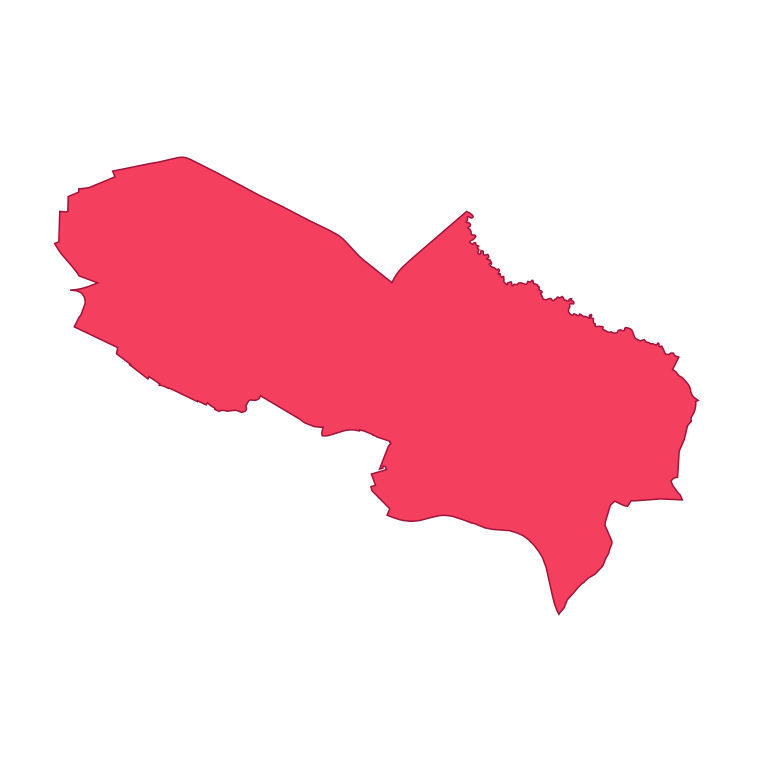 Cumberland, New South Wales, Australia (Natural Earth projection), rotated 173°
{"feature_id": "25037944B74007778337807", "entity_name": "Cumberland", "entity_type": "district", "adm_level": 2, "iso_a3": "AUS", "parent_name": "Australia", "parent_adm1": "New South Wales", "projection": "natural_earth1", "projection_center": [150.958, -33.837], "detail": "fine", "context": "isolated", "style": "filled", "palette": "rose", "viewbox_px": 768, "rotation_deg": 173, "n_neighbors": 0, "source": "geoboundaries", "source_scale": "gbopen_adm2", "svg_char_len": 6124}
<svg xmlns="http://www.w3.org/2000/svg" viewBox="0 0 768 768"><g transform="rotate(173 384 384)"><path d="M74.2,329.4L78.1,333.1L79.6,335.3L80.4,338.9L80.5,341.0L81.0,344.1L82.4,347.1L86.4,353.1L87.2,354.0L90.3,356.3L92.8,360.5L94.5,362.2L95.9,363.0L88.1,374.8L91.6,376.4L92.5,377.8L92.9,379.3L93.2,379.5L95.9,379.7L97.3,378.6L100.2,379.1L100.7,379.4L101.6,380.7L102.4,384.3L103.1,385.8L103.5,387.5L104.3,387.9L105.6,387.2L106.4,387.8L106.5,388.5L106.1,390.1L106.6,391.1L107.1,391.2L108.7,389.7L109.4,389.5L112.4,391.3L114.6,391.4L116.0,392.8L118.6,393.7L119.1,394.2L120.0,395.9L120.6,396.4L124.2,395.5L128.3,398.0L128.9,398.7L129.6,400.2L131.0,406.2L131.6,407.6L132.6,408.6L135.0,409.9L136.7,410.4L137.7,410.4L138.2,409.8L138.6,408.1L139.4,407.6L140.3,407.8L142.8,409.0L144.7,408.7L145.4,408.1L146.4,406.5L146.8,406.3L149.6,406.5L150.5,406.8L152.1,408.1L154.3,407.8L156.1,408.7L157.4,409.9L159.9,411.4L160.2,412.1L159.6,413.7L159.9,414.2L160.9,414.6L162.3,414.6L163.4,415.1L166.4,415.1L167.2,415.5L167.0,417.8L167.6,418.3L168.2,418.4L168.5,418.9L168.6,420.7L168.2,423.3L168.6,423.7L170.0,424.2L170.6,425.0L170.5,425.4L169.4,426.8L169.7,427.6L170.9,427.6L171.9,426.9L172.0,426.3L171.5,424.8L172.0,424.3L175.7,426.4L178.2,427.0L180.0,428.9L181.1,429.6L181.5,429.5L182.0,428.3L182.7,428.0L186.7,430.5L187.3,430.3L188.3,429.3L189.0,429.4L190.4,430.4L191.3,431.7L191.8,432.8L192.0,434.0L191.5,436.0L190.2,437.7L190.2,440.2L189.9,440.6L188.8,440.9L186.5,440.4L186.0,440.5L185.8,440.9L185.6,442.0L186.1,443.0L188.1,444.2L187.4,445.7L188.5,445.9L189.4,445.6L190.1,445.2L190.7,443.8L191.7,443.7L193.1,445.0L194.7,445.5L195.9,448.5L196.6,449.1L199.2,448.0L200.5,449.0L201.3,449.1L202.7,447.7L203.4,447.3L204.2,447.2L205.3,446.2L206.0,446.0L206.6,446.3L207.7,448.3L208.2,448.6L209.2,448.7L213.0,447.9L215.1,448.5L215.9,449.6L216.7,452.7L217.6,454.2L217.4,455.0L216.1,455.4L215.9,456.5L216.7,457.4L217.6,457.7L218.3,458.3L218.5,459.4L218.2,461.3L218.4,461.7L219.3,462.1L219.3,463.2L219.6,463.6L221.4,464.8L222.7,465.1L223.2,465.4L223.5,466.3L223.5,468.3L223.9,468.8L224.7,468.8L226.0,467.6L226.8,467.3L228.6,468.3L230.0,466.1L230.8,465.5L235.3,467.6L237.5,467.9L238.1,467.8L239.7,466.4L242.6,467.1L244.1,466.0L244.7,466.0L245.1,467.2L245.0,469.5L245.6,469.9L248.8,469.3L249.6,467.8L250.1,467.7L250.5,468.0L252.8,471.3L252.7,471.9L252.1,472.6L252.4,473.7L252.1,475.0L252.2,476.1L252.8,476.3L253.9,475.7L254.5,475.7L255.1,476.7L255.4,479.3L255.9,479.3L256.6,478.8L257.1,479.2L257.1,479.7L255.6,482.7L255.7,483.7L256.4,484.2L257.9,483.7L258.3,483.8L260.2,485.8L263.4,487.5L264.5,489.0L264.9,490.1L264.7,490.5L263.8,490.8L262.8,489.9L262.6,490.1L262.6,491.0L262.7,491.9L263.4,493.0L263.6,494.2L265.8,494.8L266.8,495.6L266.6,496.2L264.9,496.6L264.6,496.9L264.5,498.6L264.9,499.6L265.5,500.0L268.1,499.6L269.1,500.0L269.6,501.2L269.3,503.5L271.3,504.7L272.5,501.6L273.2,501.0L274.0,501.2L275.0,503.1L273.9,504.6L273.4,506.0L274.7,507.2L274.9,507.9L274.4,508.5L273.3,508.7L273.1,509.2L275.5,510.5L275.8,511.2L275.9,513.0L277.7,513.2L278.9,512.0L281.5,513.8L281.5,514.4L281.1,515.1L280.2,515.7L277.9,516.4L276.2,517.8L274.9,519.4L275.1,520.1L275.8,520.8L278.2,521.1L279.0,521.7L279.2,522.2L279.0,524.7L279.8,527.0L281.8,528.4L281.7,529.0L279.5,530.1L278.9,530.7L278.7,531.2L278.9,532.2L279.6,533.3L280.7,534.0L282.3,534.2L282.7,534.7L282.3,535.5L281.4,536.0L281.0,536.6L280.9,539.8L280.3,540.0L279.7,539.8L277.8,538.3L277.0,538.1L275.6,538.4L275.2,539.1L275.3,540.3L275.9,541.1L277.9,543.1L281.0,545.2L340.9,505.2L351.4,497.7L354.3,495.2L357.4,492.2L360.8,488.0L363.8,483.6L389.5,509.9L393.0,513.8L405.9,531.6L408.4,534.5L411.7,537.6L419.9,543.5L437.3,554.7L465.0,573.7L484.5,586.3L522.5,612.9L547.1,629.4L551.1,631.8L554.1,633.1L557.4,633.8L560.0,633.9L581.2,631.7L588.6,631.4L627.4,628.4L625.8,622.4L653.1,614.8L663.2,614.8L663.6,611.7L674.6,608.5L676.8,593.7L678.6,593.6L684.8,594.8L689.4,564.7L693.8,563.6L690.6,556.5L688.3,552.3L679.3,538.8L675.5,532.6L673.4,528.4L655.9,519.3L665.4,516.8L673.1,515.5L679.5,515.2L684.0,515.5L677.2,513.8L673.7,511.6L672.3,509.9L671.1,507.3L670.7,505.5L670.5,502.9L670.9,500.3L676.3,489.6L678.7,487.1L684.5,478.5L643.9,452.6L645.8,446.6L633.1,434.3L634.0,434.0L617.7,417.8L616.4,420.1L606.6,411.4L607.4,410.2L607.0,409.9L606.4,410.2L602.4,408.4L598.4,405.9L598.0,406.2L593.3,403.4L571.4,389.3L571.0,390.0L563.0,384.9L561.6,386.8L558.3,383.3L554.6,380.4L555.1,379.5L551.1,376.9L549.5,377.5L548.0,377.6L545.7,377.2L543.0,376.1L534.8,376.1L533.2,375.6L528.9,373.2L525.9,373.6L525.0,374.0L523.7,375.3L523.4,377.0L523.8,378.5L523.7,379.1L521.2,382.7L519.9,384.0L518.6,384.4L513.9,383.5L511.6,383.8L509.4,385.0L508.1,387.4L470.8,358.5L468.8,356.3L466.9,354.8L458.6,350.3L452.3,348.8L449.8,348.6L451.5,343.7L451.8,342.5L451.7,340.2L448.7,339.6L446.0,339.5L430.2,342.3L426.7,342.7L422.2,342.5L419.2,342.0L414.1,340.4L413.8,341.6L411.5,340.4L409.2,339.8L409.2,339.6L401.1,335.0L401.2,334.6L398.7,333.4L397.3,332.2L385.2,326.5L385.5,325.6L384.3,324.2L386.2,322.9L387.5,321.2L398.8,300.1L395.3,300.6L395.4,301.4L394.8,302.7L392.6,301.7L392.0,298.7L407.5,296.2L404.8,284.5L409.5,283.7L409.0,279.6L393.5,259.5L396.9,253.4L392.7,251.1L385.4,247.6L381.2,246.1L374.4,244.5L371.1,244.2L364.8,244.2L354.0,245.7L344.9,246.6L340.1,246.3L334.6,245.1L332.1,244.3L320.8,239.0L314.3,235.5L310.7,234.2L301.3,228.9L293.6,226.4L277.4,223.2L270.0,219.9L264.3,216.5L259.2,211.5L254.7,205.7L250.6,198.5L247.9,192.5L245.4,182.0L242.6,152.9L241.6,145.4L240.1,138.7L238.5,134.1L237.3,135.5L232.6,139.8L228.5,147.4L220.8,154.0L216.8,157.8L212.0,161.7L209.6,162.7L209.1,163.5L204.8,166.5L197.8,169.5L190.0,175.9L188.7,177.2L185.3,183.7L181.8,188.4L179.6,193.6L177.6,197.1L177.1,198.6L177.0,199.8L177.3,201.4L181.9,216.8L180.9,220.6L174.1,236.0L169.3,239.6L160.2,233.8L157.1,233.0L152.9,238.0L148.4,237.4L123.2,236.2L102.0,232.6L103.4,237.5L106.0,241.2L109.6,247.7L111.0,252.7L108.1,255.1L105.6,255.6L104.0,255.6L99.3,280.8L98.7,282.2L92.8,292.1L87.9,305.4L86.2,307.2L83.7,309.3L83.5,310.1L83.5,311.9L83.2,313.3L80.1,317.4L78.7,320.0L77.6,323.2L76.8,326.8L76.8,328.7L74.2,329.4Z" fill="#f43f5e" stroke="#9f1239" stroke-width="1.5"/></g></svg>